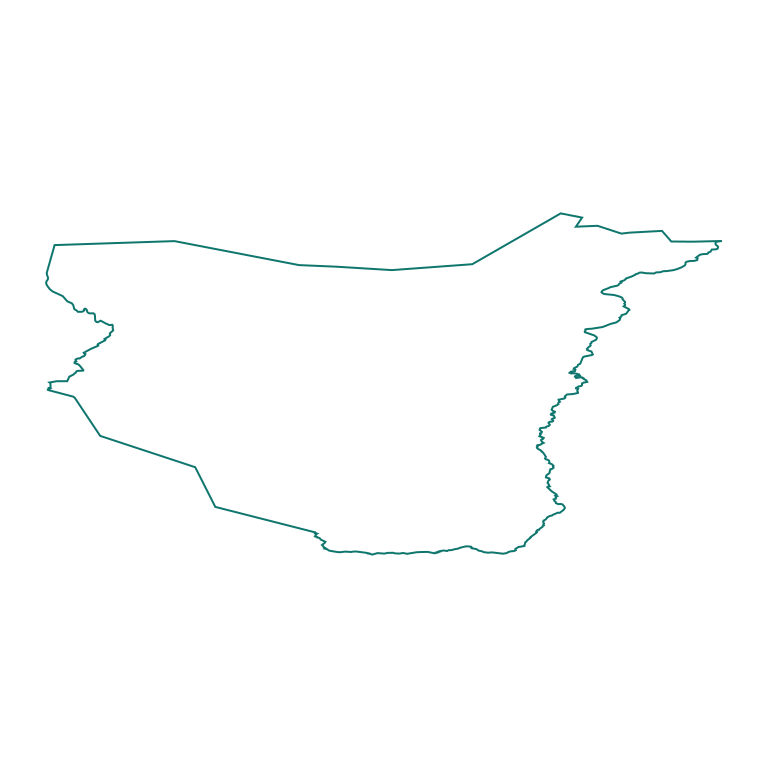 outline of Kárášjohka sme 1, Finnmark, Norway
{"feature_id": "86288312B66062966513984", "entity_name": "Kárášjohka sme 1", "entity_type": "district", "adm_level": 2, "iso_a3": "NOR", "parent_name": "Norway", "parent_adm1": "Finnmark", "projection": "equal_earth", "projection_center": [25.507, 69.392], "detail": "fine", "context": "isolated", "style": "outline", "palette": "teal", "viewbox_px": 768, "rotation_deg": 0, "n_neighbors": 0, "source": "geoboundaries", "source_scale": "gbopen_adm2", "svg_char_len": 6025}
<svg xmlns="http://www.w3.org/2000/svg" viewBox="0 0 768 768"><path d="M49.8,289.2L52.5,291.4L62.7,296.1L67.4,301.4L71.8,303.3L73.2,305.0L74.3,309.1L77.0,310.8L77.8,311.8L81.6,311.8L83.1,311.4L84.2,310.4L83.9,309.5L85.0,308.6L85.8,308.9L86.7,309.9L87.4,312.0L88.5,313.1L90.2,313.4L93.4,313.3L94.4,314.0L94.9,315.1L95.2,320.6L96.4,321.9L97.7,322.2L100.7,320.7L105.6,323.4L109.5,325.1L112.3,324.8L112.8,325.8L112.6,327.8L113.2,330.4L109.8,333.4L110.2,335.1L109.0,336.4L106.1,338.0L105.6,338.6L104.5,338.8L104.5,339.1L105.5,339.7L105.2,340.3L98.2,343.9L97.7,344.4L98.1,345.0L97.7,345.5L98.0,345.8L97.7,346.0L91.2,348.7L83.7,352.8L84.0,353.3L85.4,354.1L84.4,355.9L81.9,356.9L79.6,358.5L77.8,358.4L75.6,359.5L75.4,360.0L76.3,361.4L74.6,362.2L74.5,362.9L76.2,363.8L77.8,364.1L79.1,365.0L80.6,366.7L83.4,370.2L83.3,370.5L82.4,370.7L77.3,370.9L76.5,371.3L75.7,372.8L74.2,373.6L73.7,374.4L69.3,376.7L67.2,381.2L56.9,381.2L49.5,382.5L50.4,383.2L50.6,387.4L48.8,388.0L49.0,388.4L49.7,388.6L47.8,389.4L48.0,390.0L73.1,396.6L74.7,397.7L100.2,435.9L195.2,467.2L215.3,506.9L315.3,532.4L315.6,532.7L315.4,533.0L316.7,533.5L316.1,533.7L316.6,533.9L316.5,534.3L315.7,534.5L315.9,534.9L315.0,536.4L317.1,537.0L317.2,537.5L318.7,537.7L319.9,538.4L320.8,539.6L325.4,541.8L324.7,542.9L322.0,545.0L323.5,546.5L323.5,547.0L325.6,548.3L324.9,548.7L327.4,549.4L328.9,550.5L330.5,550.9L337.8,552.1L340.2,552.2L345.2,551.6L351.2,552.0L353.1,551.6L356.1,551.5L365.5,552.7L368.0,553.2L367.7,553.4L367.9,553.6L369.6,553.7L372.2,554.6L377.5,553.1L384.3,553.6L387.8,552.9L393.2,552.8L394.5,553.3L399.0,553.6L403.2,553.0L407.2,553.8L416.8,552.2L422.1,552.0L427.7,551.9L434.6,553.3L437.3,552.6L436.8,552.3L439.7,551.6L439.3,551.3L440.0,551.1L443.7,550.5L447.2,551.0L447.7,550.7L448.6,550.2L451.5,550.1L455.2,549.1L458.3,548.6L459.2,548.0L465.1,546.5L467.2,546.3L471.1,546.7L471.7,547.4L471.3,547.9L471.5,548.2L476.4,549.1L478.6,550.6L482.3,551.4L483.5,552.1L487.9,552.7L492.2,552.4L503.0,553.7L506.7,553.1L508.0,552.2L510.8,551.3L513.7,551.1L515.3,550.5L515.8,550.2L515.3,549.1L518.2,547.1L524.3,546.0L524.1,545.4L524.7,544.8L525.3,542.3L526.5,541.5L526.9,540.6L530.2,538.0L530.4,537.8L530.1,537.6L530.4,537.2L536.5,532.8L537.1,532.0L536.2,531.6L536.8,530.6L537.7,529.9L539.2,529.7L539.3,529.2L541.3,527.6L542.4,527.0L542.7,526.1L543.9,525.4L543.4,524.6L544.0,523.5L543.3,522.8L543.6,522.1L543.2,521.2L543.5,520.7L545.6,519.5L546.7,518.4L546.9,517.6L549.3,516.2L552.0,515.5L552.9,514.8L557.8,512.7L559.8,512.8L563.8,509.7L564.9,508.0L564.3,506.5L562.5,504.4L560.6,504.0L558.2,504.1L555.9,503.1L555.6,501.8L554.2,500.7L554.3,499.5L554.0,499.3L556.0,498.5L555.6,497.0L557.1,496.2L555.7,495.5L556.6,495.1L556.6,494.5L551.8,491.4L547.3,487.2L547.5,486.8L549.7,486.3L548.9,485.4L549.0,484.9L548.3,483.6L547.7,483.3L547.6,482.6L548.6,480.4L549.6,479.7L549.3,479.4L549.6,479.0L549.3,478.4L545.9,477.4L545.9,477.1L546.6,475.1L548.5,473.9L549.7,472.6L549.7,471.2L550.3,470.5L550.1,469.8L550.4,469.2L552.4,468.7L553.4,467.9L553.6,467.2L553.0,466.9L552.9,466.3L553.4,465.6L551.7,464.1L549.0,463.1L549.5,462.3L549.0,460.6L547.3,459.6L546.0,459.4L545.0,458.5L545.9,456.9L544.1,454.0L542.5,452.0L541.4,451.5L541.3,450.7L538.0,448.9L536.9,447.8L536.8,447.3L537.8,446.6L537.8,446.2L537.1,445.6L537.4,445.2L540.3,444.8L541.4,443.9L543.6,442.9L541.9,441.7L541.0,440.1L541.5,439.5L543.2,438.8L543.7,437.9L539.4,436.2L540.6,434.7L540.0,434.0L540.0,433.4L541.6,432.8L541.9,431.8L539.6,429.9L540.0,429.2L539.9,428.5L540.6,428.1L545.9,427.5L545.9,427.1L546.8,426.5L548.8,425.9L549.8,424.8L548.5,422.9L548.9,422.3L549.8,421.8L552.2,421.6L553.1,421.1L553.2,420.7L551.8,419.2L552.6,418.6L554.6,418.0L554.8,417.6L553.8,415.6L551.0,414.8L550.8,414.5L551.2,413.6L552.8,413.5L553.0,413.0L554.7,412.6L554.9,411.7L552.6,410.8L551.6,409.6L552.9,406.8L557.4,405.0L557.7,404.4L558.5,404.0L558.3,402.9L558.9,402.1L559.8,401.8L558.9,400.8L558.6,399.7L564.4,398.5L565.3,397.7L564.8,397.0L565.1,396.7L565.0,396.2L567.0,394.5L573.1,394.0L577.9,393.0L578.0,392.3L577.2,390.9L578.1,388.9L576.0,388.4L576.1,387.8L577.9,387.1L578.3,386.5L581.2,386.0L582.0,385.1L582.0,383.5L583.3,382.7L587.2,381.9L586.2,380.3L583.4,378.7L583.1,378.5L583.4,378.2L582.4,377.5L580.9,377.3L576.1,378.0L575.7,377.0L574.9,376.7L575.1,376.2L575.6,376.0L579.8,375.4L579.1,374.4L574.8,373.3L570.8,373.4L569.6,372.8L571.0,371.6L575.0,371.0L575.4,369.7L574.7,369.1L573.7,368.9L574.0,368.2L577.3,366.6L578.0,364.9L580.3,363.6L582.9,357.3L584.6,356.5L592.0,355.0L592.8,354.5L591.4,351.5L587.3,350.1L587.1,349.9L587.4,349.3L587.0,348.9L588.2,347.5L590.6,345.6L590.3,343.8L591.4,342.9L591.5,342.0L595.8,339.9L596.3,339.5L596.9,338.1L596.6,337.1L594.2,335.4L584.9,332.2L584.7,331.7L585.5,330.5L585.3,329.5L587.1,329.0L591.9,328.7L602.7,327.0L610.6,323.9L616.1,322.5L619.6,320.1L620.2,318.6L619.5,317.7L621.0,316.8L621.6,315.9L621.5,315.3L626.2,313.7L628.4,310.7L629.4,309.9L628.9,309.1L623.7,306.4L625.0,305.3L625.1,304.6L624.3,303.7L625.0,302.7L625.0,301.9L622.5,299.2L622.6,298.3L621.9,297.6L619.8,296.6L614.1,295.0L604.1,294.0L602.0,292.8L601.5,292.3L601.6,291.6L603.3,290.1L609.1,287.9L609.9,287.3L617.5,285.6L618.7,284.8L619.4,283.6L621.4,282.6L620.6,281.6L620.9,281.4L623.9,280.5L625.9,279.0L625.9,278.5L631.1,276.7L635.1,274.9L635.7,274.2L638.3,273.4L639.3,272.7L641.6,272.5L645.7,273.2L654.1,273.5L656.2,272.4L660.5,272.2L663.1,271.2L666.5,271.1L673.1,270.2L676.8,269.2L681.4,267.4L684.9,265.4L685.5,264.2L685.5,262.8L686.4,261.8L690.0,261.0L694.1,260.9L697.2,260.1L697.6,258.3L696.1,257.6L699.8,254.8L702.3,254.2L707.2,253.9L707.9,253.5L708.4,252.5L710.5,251.7L711.7,249.6L716.0,249.3L717.4,248.8L717.9,248.0L718.1,246.9L717.0,245.6L715.7,244.6L715.5,243.4L715.7,242.5L716.1,242.0L717.2,241.6L721.9,241.0L692.4,241.7L671.3,241.5L662.0,230.9L630.2,232.6L621.4,233.6L597.5,225.8L575.9,226.7L582.1,217.6L560.7,213.4L472.3,264.2L391.9,270.1L336.4,266.7L299.0,265.1L174.4,241.1L54.6,245.1L46.8,272.7L46.8,274.1L48.1,278.0L47.9,279.1L46.1,282.2L46.4,284.2L47.4,286.0L49.8,289.2Z" fill="none" stroke="#0f766e" stroke-width="2"/></svg>